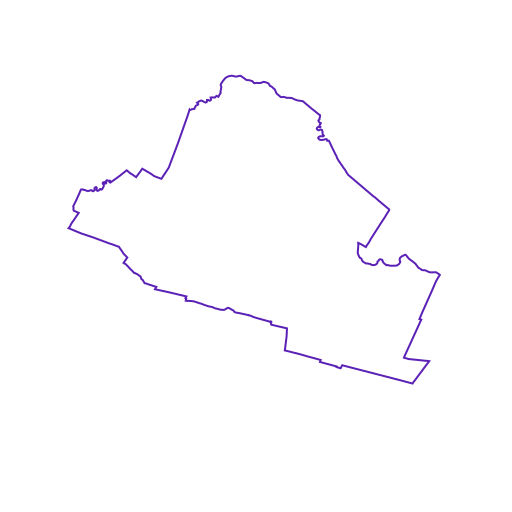 outline of Ciocanesti, Dâmbovita, Romania, rotated 338°
{"feature_id": "2599482B43170479222573", "entity_name": "Ciocanesti", "entity_type": "district", "adm_level": 2, "iso_a3": "ROU", "parent_name": "Romania", "parent_adm1": "Dâmbovita", "projection": "natural_earth1", "projection_center": [25.852, 44.613], "detail": "fine", "context": "isolated", "style": "outline", "palette": "violet", "viewbox_px": 512, "rotation_deg": 338, "n_neighbors": 0, "source": "geoboundaries", "source_scale": "gbopen_adm2", "svg_char_len": 6075}
<svg xmlns="http://www.w3.org/2000/svg" viewBox="0 0 512 512"><g transform="rotate(338 256 256)"><path d="M357.4,130.0L356.8,129.7L352.5,127.1L350.3,125.1L348.7,123.3L348.0,122.7L347.5,122.4L344.6,121.2L343.7,120.8L343.0,120.3L342.2,119.5L341.1,118.8L340.5,118.6L339.9,118.5L339.2,118.3L338.4,117.8L337.9,116.7L336.2,113.6L335.9,112.9L335.9,112.4L335.9,111.2L335.8,110.2L335.9,109.1L335.7,108.3L335.1,107.4L334.4,105.7L333.8,104.7L332.6,103.3L332.5,102.8L332.6,102.1L332.2,100.8L331.7,100.0L329.5,98.1L327.8,97.2L326.3,97.4L325.3,97.3L323.4,96.7L321.0,95.5L319.5,95.3L319.1,95.0L318.9,94.8L318.7,94.2L318.3,93.3L318.1,92.5L317.8,92.2L317.4,92.0L315.8,90.6L313.6,89.5L312.9,89.0L311.1,86.0L310.2,84.5L309.3,83.4L309.1,83.1L308.5,82.9L305.1,82.3L304.3,82.0L301.5,80.0L300.9,79.7L298.8,79.2L296.5,79.1L295.1,79.3L293.9,79.7L290.5,81.5L289.7,82.2L288.0,83.3L287.5,84.0L287.2,84.6L287.2,85.2L287.2,85.9L287.1,86.5L285.2,89.5L284.4,90.6L284.4,91.5L283.2,92.4L282.7,92.7L280.7,94.3L279.5,92.8L278.4,93.1L277.2,93.7L275.3,92.7L273.3,92.1L273.1,93.6L272.4,94.6L271.1,94.7L270.2,93.4L269.0,93.0L268.7,93.9L267.8,94.9L266.7,94.8L265.7,93.8L264.1,91.8L263.3,91.3L261.1,91.3L258.8,91.8L259.2,92.6L259.4,93.5L258.5,94.1L256.6,94.1L254.7,95.6L254.0,96.5L252.9,96.3L251.8,95.9L250.3,96.0L249.5,95.8L249.3,95.3L245.7,99.7L225.5,122.6L208.2,141.4L197.2,149.0L191.5,143.8L189.6,140.7L183.3,132.5L174.4,138.0L171.2,133.1L170.8,132.9L168.2,128.1L159.4,130.7L148.4,133.4L148.0,132.8L148.3,132.6L148.8,132.4L148.9,131.9L148.7,131.4L148.2,131.2L147.2,131.0L146.8,130.6L146.5,130.1L146.1,129.9L145.6,130.0L145.2,130.2L144.9,130.8L144.7,131.6L144.5,132.3L143.9,132.5L143.0,132.3L142.9,132.1L143.1,131.7L143.4,131.4L143.4,130.9L143.1,130.6L142.3,130.5L141.5,130.6L141.2,130.9L141.0,131.7L141.3,132.3L141.4,132.9L141.3,133.7L140.9,134.3L138.9,136.1L138.1,136.5L137.6,136.6L137.3,136.4L137.1,135.8L136.7,135.5L136.1,135.6L135.1,136.2L134.1,136.4L133.4,136.2L132.9,135.4L133.0,134.7L133.6,133.9L133.9,132.8L133.7,132.3L132.9,132.1L131.9,132.4L131.5,133.0L131.0,134.4L129.9,134.9L129.3,134.9L128.8,134.7L128.3,133.5L127.8,133.2L127.1,133.1L126.0,133.1L124.5,132.8L123.2,131.9L122.3,130.9L120.9,130.1L120.6,129.5L120.1,129.2L119.3,129.1L118.6,128.8L115.3,132.1L110.5,136.7L105.2,141.4L105.1,141.7L104.9,142.9L104.2,144.4L104.0,145.1L104.1,145.7L104.2,145.9L107.8,149.6L99.7,155.0L97.6,156.3L96.3,157.3L94.6,159.0L92.6,160.0L102.5,169.7L111.9,177.7L124.6,189.3L126.8,191.1L131.7,195.6L132.3,195.9L133.6,201.7L134.1,204.3L136.1,209.2L130.6,212.8L131.2,213.7L131.8,214.3L132.2,214.9L133.7,218.6L134.4,220.5L134.8,221.4L135.4,222.8L135.9,223.9L136.3,224.9L136.4,225.6L136.7,226.1L137.3,226.3L138.2,227.5L138.9,228.2L139.7,229.2L140.1,230.1L141.2,231.6L141.3,232.0L141.1,234.4L142.0,235.9L142.1,236.2L142.4,238.8L142.6,239.4L142.8,239.7L143.8,240.3L145.2,241.6L152.0,247.3L149.9,249.0L161.8,257.1L176.3,267.4L174.8,268.7L175.4,269.3L174.1,271.1L175.2,271.7L179.3,273.6L181.7,275.0L183.9,276.9L185.9,278.6L187.7,280.0L188.7,281.0L189.3,281.6L193.4,285.1L194.0,285.4L196.5,287.1L198.5,289.2L201.5,291.3L202.2,292.0L204.2,293.1L205.9,293.9L206.6,294.0L207.8,293.9L210.1,293.5L210.6,293.5L210.9,293.7L211.8,294.5L214.0,297.4L214.6,298.0L214.8,298.5L214.9,299.4L215.2,299.9L215.4,300.2L216.2,300.9L217.1,301.5L218.0,302.0L220.0,303.3L225.7,307.2L227.0,308.3L227.2,308.1L229.8,310.5L230.6,311.5L234.1,314.3L243.4,321.4L243.8,321.9L244.0,322.2L244.9,322.0L245.2,322.1L245.6,322.6L245.2,323.5L244.7,324.1L244.4,325.0L244.5,325.5L257.6,334.7L254.4,341.7L247.7,353.8L247.3,354.3L260.6,364.0L266.3,368.5L277.0,376.6L275.6,378.2L289.2,388.5L288.9,388.7L288.9,389.0L292.4,391.8L295.0,389.6L343.4,425.4L353.4,432.9L353.9,432.5L355.4,431.5L356.4,431.0L363.1,426.9L363.4,426.7L363.6,426.6L377.2,418.4L375.2,417.2L374.8,417.1L359.7,409.1L359.3,409.0L355.1,405.7L355.5,405.2L385.4,376.9L383.9,375.7L389.7,369.9L405.3,354.9L412.8,347.5L413.9,346.5L417.6,343.6L419.1,342.7L419.4,342.3L419.2,341.8L416.8,338.5L411.5,336.5L409.7,335.0L407.8,332.8L404.7,331.3L403.8,329.8L402.2,327.8L400.9,322.8L399.4,320.1L396.8,315.9L396.1,313.8L395.6,311.8L395.1,310.9L394.6,310.7L390.6,311.0L388.7,311.8L387.7,313.3L387.6,315.5L385.8,317.0L382.8,317.6L377.4,315.6L374.4,313.6L374.0,313.6L373.4,313.3L373.4,313.0L372.2,311.2L371.7,309.8L371.4,308.6L371.6,308.5L371.6,308.0L371.6,307.5L371.5,306.8L371.3,306.6L370.8,306.1L370.4,305.8L369.3,305.4L368.4,305.8L367.8,306.4L366.7,306.6L366.4,306.9L366.3,307.2L365.6,308.3L363.7,308.8L362.8,308.8L361.6,308.5L360.0,307.7L358.9,306.2L358.0,305.7L356.7,304.7L355.7,304.4L355.0,303.9L353.2,301.5L352.8,300.4L352.7,299.7L352.7,298.0L352.4,297.3L351.8,296.6L351.6,296.5L351.3,293.6L351.4,292.2L351.6,291.1L352.0,290.0L352.9,288.4L355.1,283.9L355.4,282.7L355.7,282.1L358.1,284.8L360.6,288.1L361.3,288.9L362.0,288.2L365.5,285.9L367.7,284.2L368.0,283.8L370.5,282.0L386.6,270.6L389.7,268.5L393.3,265.8L396.3,263.7L396.6,263.4L396.8,263.2L396.9,262.9L396.8,262.4L394.6,258.4L390.4,250.5L388.1,245.9L387.9,245.6L387.2,244.6L371.8,215.2L371.3,212.6L371.2,212.3L371.1,210.7L370.8,209.4L370.7,208.7L370.2,207.3L369.5,203.6L369.0,201.8L368.9,200.9L368.7,200.4L368.3,198.5L368.0,196.6L367.9,195.5L368.0,193.0L367.8,192.0L367.2,184.1L366.8,176.4L366.7,176.3L365.2,175.8L365.4,175.1L365.3,174.3L364.7,173.8L361.9,173.5L360.1,172.9L359.1,172.5L358.2,171.3L358.0,170.8L357.8,170.3L357.9,169.9L358.1,169.5L358.6,169.2L360.0,169.0L360.5,169.1L362.9,170.1L363.5,170.2L364.0,169.7L363.8,169.2L363.5,168.7L363.4,168.0L363.5,167.5L364.0,166.4L364.3,165.3L364.4,163.8L364.0,163.4L363.5,163.1L363.0,162.9L361.4,163.0L361.0,162.8L360.5,162.3L360.1,161.5L360.0,161.1L360.1,160.6L360.8,159.9L361.7,159.7L362.8,160.0L363.5,160.5L363.8,160.6L364.1,160.5L364.1,160.3L363.9,160.1L363.5,159.8L363.5,159.4L363.6,159.1L363.9,158.6L364.5,158.1L365.1,157.7L365.7,157.4L365.9,157.1L365.9,156.9L365.4,156.7L365.0,156.3L364.7,155.4L364.5,153.9L364.7,153.6L366.0,153.2L366.4,152.1L367.2,151.3L367.7,150.5L368.0,149.9L367.9,149.3L368.0,149.0L367.4,148.4L363.9,142.1L363.0,140.6L357.4,130.0Z" fill="none" stroke="#5b21b6" stroke-width="2"/></g></svg>